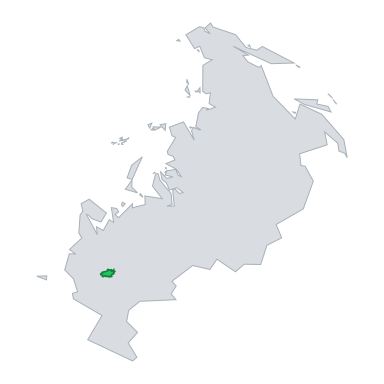 Ivanovo highlighted on a map of Russia
{"feature_id": "RUS-2355", "entity_name": "Ivanovo", "entity_type": "Region", "adm_level": 1, "iso_a3": "RUS", "parent_name": "Russia", "parent_adm1": "", "projection": "orthographic", "projection_center": [41.756, 57.059], "detail": "fine", "context": "in_parent", "style": "filled", "palette": "green", "viewbox_px": 384, "rotation_deg": 0, "n_neighbors": 0, "source": "natural_earth", "source_scale": "10m", "svg_char_len": 6181}
<svg xmlns="http://www.w3.org/2000/svg" viewBox="0 0 384 384"><path d="M343.8,139.6L347.2,157.7L344.8,153.3L338.9,151.0L337.8,143.2L324.6,131.9L327.2,144.8L299.6,153.8L301.0,165.6L305.0,166.1L313.3,181.1L303.3,208.9L276.1,224.5L281.7,237.8L266.9,245.3L260.7,264.5L244.2,264.2L235.5,271.8L216.9,259.2L209.9,269.5L192.7,265.5L171.9,281.3L176.2,286.0L171.1,293.8L175.9,299.7L139.8,301.3L128.7,310.3L126.6,321.5L137.5,332.4L128.2,342.9L136.9,357.2L132.7,361.0L87.7,339.7L102.0,315.5L73.4,298.8L72.4,293.4L77.6,291.8L73.5,278.9L64.7,269.9L69.3,253.8L75.4,253.9L69.5,249.5L81.8,238.0L78.8,232.8L80.1,215.0L82.9,211.1L81.1,203.7L89.2,199.2L106.4,213.0L101.0,222.0L91.7,218.6L88.7,215.2L86.5,214.5L97.3,234.6L96.5,226.8L103.3,230.5L109.2,219.7L113.6,222.4L111.4,207.6L116.7,208.5L118.7,211.9L115.0,214.5L118.7,217.7L132.5,203.7L132.2,207.9L145.2,204.5L144.9,195.9L162.2,198.7L152.5,186.1L155.6,173.7L158.1,173.8L160.1,180.5L171.1,193.6L172.1,204.5L166.9,206.2L174.3,206.1L172.7,190.4L174.6,188.5L179.5,193.5L183.1,192.5L176.8,187.7L169.4,190.0L166.4,182.8L162.0,179.6L160.6,171.8L166.6,178.3L171.5,177.6L172.5,176.8L165.1,175.0L167.0,170.7L175.6,169.4L178.2,175.3L181.3,176.6L176.3,169.2L165.9,163.6L174.9,160.0L173.2,156.3L168.1,154.5L167.3,151.3L175.7,137.3L172.0,135.8L169.4,127.2L183.5,121.9L194.3,140.3L191.5,130.6L193.6,127.4L199.2,129.8L200.2,130.0L200.5,129.5L195.8,126.8L198.5,112.8L202.6,107.5L208.1,108.4L206.3,110.2L215.5,107.2L209.1,103.6L210.4,92.9L206.1,93.8L202.7,91.3L202.9,65.4L212.2,59.8L204.4,57.7L199.8,46.3L194.5,48.6L185.9,34.8L199.5,26.7L203.8,27.9L204.9,31.1L210.3,33.8L205.1,27.9L210.6,23.0L212.9,27.0L235.5,34.6L246.1,47.5L256.9,50.2L262.3,46.5L294.0,63.0L271.2,63.7L233.3,46.3L248.5,55.1L242.9,55.5L247.8,61.9L259.2,67.5L261.2,65.5L273.1,96.4L295.3,119.0L300.0,104.0L321.9,114.4L343.8,139.6ZM142.3,156.8L132.1,179.5L127.1,177.9L131.6,165.3L142.3,156.8ZM294.2,98.9L317.8,99.8L316.7,104.0L328.0,106.4L331.0,112.0L304.4,104.4L294.2,98.9ZM125.3,189.3L132.0,180.1L131.8,187.2L137.5,192.8L125.3,189.3ZM190.3,95.7L185.0,90.2L187.2,85.7L190.3,95.7ZM153.0,126.9L161.1,127.0L154.5,130.3L153.0,126.9ZM147.9,124.8L151.8,123.1L149.8,128.2L147.9,124.8ZM160.1,124.6L165.8,123.7L165.1,130.4L160.1,124.6ZM188.7,84.7L186.7,82.1L187.0,79.2L188.7,84.7ZM36.8,276.2L46.8,275.9L46.4,279.9L36.8,276.2ZM115.0,143.2L117.2,142.0L112.8,144.6L115.0,143.2ZM197.4,90.8L200.0,87.6L200.1,92.8L197.4,90.8ZM125.2,203.7L122.8,206.5L121.4,205.0L122.4,202.2L125.2,203.7ZM119.2,141.0L121.1,139.7L122.4,140.5L119.2,141.0ZM126.2,139.2L126.0,141.5L124.2,141.2L124.1,139.8L126.2,139.2ZM128.4,138.9L126.5,139.2L128.7,137.8L128.4,138.9ZM140.5,193.6L143.0,197.3L139.7,194.9L140.5,193.6ZM153.1,128.3L153.0,130.2L151.1,129.8L153.1,128.3ZM119.8,138.3L122.2,137.2L121.7,138.8L119.8,138.3ZM178.7,39.4L180.1,41.1L176.8,40.7L178.7,39.4ZM112.7,142.2L114.5,142.7L111.0,143.0L112.7,142.2ZM155.1,172.3L152.8,173.9L154.9,172.1L155.1,172.3ZM189.8,127.1L192.5,127.3L190.5,128.2L189.8,127.1ZM196.9,49.5L199.0,50.6L198.9,51.6L196.9,49.5ZM123.8,142.7L122.3,142.2L124.6,142.4L123.8,142.7ZM122.2,138.8L123.4,140.0L121.7,139.4L122.2,138.8ZM327.8,93.7L329.6,95.1L332.6,98.3L327.8,93.7ZM121.6,143.1L122.9,144.3L121.6,144.4L121.6,143.1ZM166.6,170.4L165.5,172.3L165.0,172.4L166.6,170.4ZM249.5,45.0L250.3,46.9L248.1,45.3L249.5,45.0ZM195.3,91.0L197.3,91.7L195.9,92.0L195.3,91.0ZM293.0,112.0L295.4,112.3L295.0,113.5L293.0,112.0ZM295.7,64.8L299.7,67.1L299.1,67.6L295.7,64.8ZM119.7,143.9L118.6,144.5L118.1,144.1L119.7,143.9ZM165.6,166.9L166.4,168.7L165.7,168.5L165.6,166.9ZM188.8,96.5L190.1,97.4L187.6,96.9L188.8,96.5ZM336.2,103.8L332.9,99.4L336.7,104.1L336.2,103.8Z" fill="#d9dde1" stroke="#a8b0b8" stroke-width="1"/><path d="M107.7,269.3L108.1,269.3L108.3,269.5L108.5,269.6L108.7,269.8L108.7,270.0L108.9,270.0L109.0,270.2L109.3,270.3L109.9,270.2L110.0,270.2L110.1,269.9L110.4,270.0L110.6,270.0L110.8,269.9L111.0,269.7L111.3,269.6L111.5,269.7L111.5,269.8L111.4,269.9L111.5,270.1L111.5,270.3L111.4,270.4L111.4,270.5L111.5,270.7L111.4,270.8L111.4,271.0L111.5,271.2L111.5,271.3L111.9,271.3L112.1,271.2L112.4,271.1L112.4,270.9L112.5,270.7L112.4,270.4L112.4,270.1L112.5,270.0L112.5,269.9L112.5,270.1L112.5,270.3L112.6,270.5L112.5,270.9L112.5,271.1L112.8,271.0L112.8,270.9L112.9,270.6L113.0,270.5L113.2,270.3L113.2,270.2L113.3,270.0L113.4,269.9L113.6,269.8L113.7,269.7L113.7,269.8L113.7,270.0L113.8,270.3L113.9,270.5L114.1,270.6L114.1,270.8L114.1,271.0L114.4,271.2L114.6,271.3L114.4,271.4L114.4,271.5L114.2,271.5L114.1,271.9L113.8,271.9L113.6,271.9L113.6,272.0L113.5,272.3L113.5,272.6L113.5,272.8L113.8,272.8L114.1,273.0L113.9,273.4L113.8,273.5L113.7,273.7L113.6,273.8L113.5,274.0L113.2,274.2L113.0,274.3L112.7,274.3L112.6,274.2L112.4,274.3L112.1,274.4L111.9,274.4L111.7,274.5L111.4,274.8L111.5,275.0L111.4,275.1L111.4,275.3L111.4,275.5L111.5,275.6L111.7,275.9L111.5,276.0L111.7,276.3L111.7,276.5L111.4,276.5L111.2,276.5L110.9,276.5L110.7,276.8L110.4,276.8L109.8,276.5L109.7,276.5L109.5,276.8L109.2,277.0L108.8,277.0L108.7,276.9L108.7,276.7L108.7,276.4L108.7,276.2L108.4,276.2L108.3,276.3L108.2,276.3L107.9,276.3L107.7,276.4L107.4,276.4L106.7,276.5L106.3,276.4L106.0,276.5L105.9,276.5L105.8,276.4L105.7,276.3L105.7,276.2L105.6,276.3L105.4,276.3L105.4,276.2L105.2,276.0L105.3,276.0L105.3,275.9L105.1,275.9L104.9,275.8L104.6,275.8L104.3,275.9L104.2,275.8L104.1,276.1L103.9,276.2L103.7,276.3L103.3,276.6L103.2,276.7L102.9,276.5L102.8,276.4L102.7,276.5L102.5,276.4L102.4,276.4L102.5,276.2L102.4,276.1L102.2,275.7L102.3,275.5L102.3,275.4L102.3,275.1L102.2,274.9L102.2,274.7L101.7,274.4L101.4,274.4L101.3,274.5L101.2,274.6L100.8,274.7L100.8,274.4L100.8,274.2L101.0,274.1L101.0,273.9L101.2,273.7L101.3,273.7L101.3,273.4L101.2,273.4L101.5,273.1L101.8,273.0L102.0,272.8L102.2,272.7L102.2,272.4L102.5,272.4L102.8,272.2L103.0,272.2L103.1,272.3L103.3,272.3L103.4,272.0L103.4,271.9L103.6,271.9L104.1,271.9L104.3,271.9L104.4,271.7L104.5,271.7L104.8,271.7L105.0,271.6L105.4,271.6L105.5,271.6L105.8,271.6L106.0,271.5L106.1,271.4L106.3,271.3L106.3,271.2L106.6,271.1L106.8,271.1L107.0,271.0L107.1,270.9L107.5,270.9L107.6,270.7L107.7,270.3L107.7,270.2L107.7,269.9L107.6,269.7L107.6,269.4L107.7,269.3Z" fill="#22c55e" stroke="#15803d" stroke-width="1.5"/></svg>